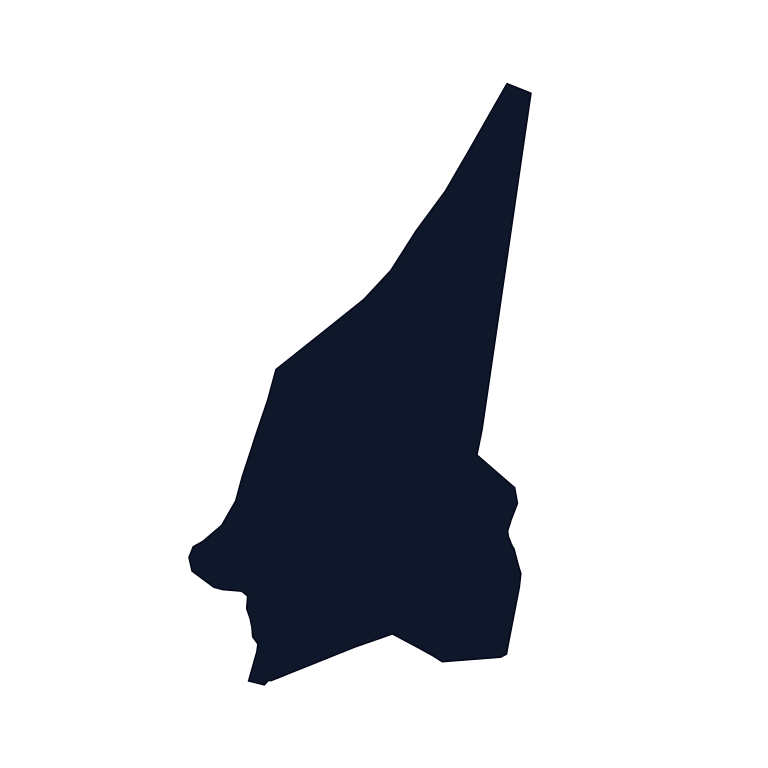 the district of Batha Est, Batha, Chad, rotated 9°
{"feature_id": "50815135B79604505945545", "entity_name": "Batha Est", "entity_type": "district", "adm_level": 2, "iso_a3": "TCD", "parent_name": "Chad", "parent_adm1": "Batha", "projection": "orthographic", "projection_center": [19.699, 14.229], "detail": "fine", "context": "isolated", "style": "filled", "palette": "ink", "viewbox_px": 768, "rotation_deg": 9, "n_neighbors": 0, "source": "geoboundaries", "source_scale": "gbopen_adm2", "svg_char_len": 1126}
<svg xmlns="http://www.w3.org/2000/svg" viewBox="0 0 768 768"><g transform="rotate(9 384 384)"><path d="M296.7,698.5L312.9,699.9L314.5,697.4L316.1,694.9L317.6,694.8L318.8,694.7L348.1,677.2L396.3,648.4L412.7,639.6L431.4,629.5L431.6,629.6L453.8,637.3L458.0,638.7L474.6,644.7L485.0,649.2L542.1,635.5L547.3,631.6L547.4,624.4L547.4,623.6L549.4,566.1L549.4,565.4L549.5,563.7L548.8,549.7L546.2,544.4L545.9,543.8L544.3,540.4L538.2,526.5L536.6,524.6L534.8,522.3L532.7,518.5L530.8,515.5L530.1,513.3L529.1,509.9L529.5,506.7L530.3,502.3L530.7,499.0L530.8,498.0L531.4,495.6L534.5,481.0L534.5,480.9L534.1,479.7L529.2,465.8L527.7,465.0L521.4,461.1L486.9,439.6L488.0,414.0L486.9,322.3L483.9,90.4L483.7,73.8L458.5,68.1L431.6,139.4L414.5,183.7L391.6,227.9L373.0,270.7L351.0,303.4L309.8,348.6L275.0,386.6L271.7,417.6L265.4,454.3L263.5,466.6L258.5,497.5L255.8,522.7L245.8,548.9L229.8,567.7L221.0,574.6L218.5,585.8L223.7,598.8L233.4,603.9L247.6,611.3L256.9,612.3L267.5,611.5L275.9,610.9L282.5,614.8L283.5,627.3L288.4,636.5L291.6,645.0L293.8,654.2L300.1,660.5L300.3,668.3L296.7,698.5Z" fill="#0f172a" stroke="#020617" stroke-width="1.5"/></g></svg>